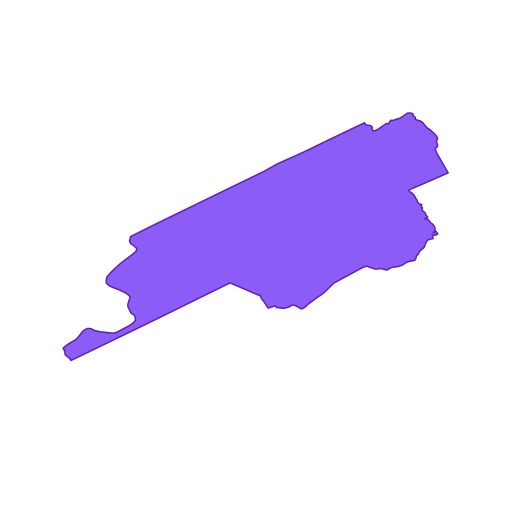 Crato, Ceará, Brazil (Equal Earth projection), rotated 64°
{"feature_id": "56859067B48874819584057", "entity_name": "Crato", "entity_type": "district", "adm_level": 2, "iso_a3": "BRA", "parent_name": "Brazil", "parent_adm1": "Ceará", "projection": "equal_earth", "projection_center": [-39.462, -7.289], "detail": "fine", "context": "isolated", "style": "filled", "palette": "violet", "viewbox_px": 512, "rotation_deg": 64, "n_neighbors": 0, "source": "geoboundaries", "source_scale": "gbopen_adm2", "svg_char_len": 2336}
<svg xmlns="http://www.w3.org/2000/svg" viewBox="0 0 512 512"><g transform="rotate(64 256 256)"><path d="M323.5,238.4L323.6,235.1L322.2,230.5L320.6,221.8L319.9,217.9L319.3,213.6L318.3,209.1L314.5,197.9L314.1,189.5L313.5,174.8L313.1,165.0L313.7,160.7L315.6,159.2L317.1,157.4L318.7,156.1L319.9,154.7L320.9,152.4L321.9,149.6L323.1,147.8L324.7,146.3L326.0,144.2L325.7,139.6L326.4,136.9L327.3,134.5L328.0,131.8L328.3,128.5L327.8,124.7L327.8,121.7L329.5,115.2L327.9,113.0L326.1,111.7L325.5,109.3L323.6,107.1L321.9,101.0L318.5,97.4L316.9,94.7L317.3,91.5L318.0,89.4L316.4,88.7L314.7,88.3L316.0,85.2L315.8,83.0L313.3,83.3L312.6,85.8L311.6,83.7L309.1,82.9L306.5,82.8L304.6,83.3L302.8,84.6L300.8,84.7L298.2,85.5L296.6,87.7L296.3,84.7L293.9,85.2L291.4,85.0L289.6,85.8L287.4,86.7L285.7,85.2L283.9,85.9L282.5,84.6L280.9,86.2L278.8,87.1L276.3,86.8L274.2,87.1L271.1,87.2L268.8,87.8L267.0,88.7L265.5,89.8L263.9,89.5L263.7,86.3L264.1,81.9L265.5,46.9L243.0,48.4L237.9,48.0L237.3,45.0L235.2,43.9L233.0,44.1L231.3,42.6L229.9,41.2L227.8,41.2L224.5,41.9L221.1,43.3L218.4,44.4L216.2,45.9L213.0,46.9L210.7,47.3L208.9,47.8L206.7,49.1L204.7,51.4L203.0,52.8L201.3,52.1L199.2,53.1L196.7,52.7L195.0,54.8L194.0,57.1L194.5,60.6L195.0,62.9L195.2,66.2L194.6,69.5L194.4,72.8L193.1,75.5L195.3,79.2L194.1,80.8L194.6,84.3L195.1,87.7L195.6,90.4L195.5,93.0L195.4,95.2L193.2,96.2L191.4,95.1L189.4,95.6L187.9,97.4L186.3,100.0L183.8,100.0L183.6,123.4L183.5,136.1L183.5,139.3L183.5,166.5L182.5,196.6L183.4,210.6L183.3,296.4L183.3,337.4L183.6,360.2L187.2,363.2L190.0,363.2L192.6,361.5L196.7,359.9L198.8,361.1L199.9,364.2L200.6,367.5L202.2,375.7L202.9,379.2L204.2,384.3L207.0,393.3L209.6,399.4L212.7,401.6L214.8,402.4L218.7,400.8L221.9,398.1L226.9,393.4L232.2,389.3L234.6,388.0L237.6,387.0L239.9,389.2L243.2,392.3L245.3,393.3L252.5,393.4L254.4,392.1L256.8,391.2L260.7,392.3L262.1,395.0L263.0,399.2L263.5,415.2L262.6,418.5L255.8,429.3L251.9,434.1L249.0,436.1L247.3,439.0L247.2,442.6L248.0,445.2L249.3,447.8L252.0,453.8L252.6,461.3L253.2,465.5L254.2,469.7L257.9,469.7L261.1,470.8L266.2,468.5L268.8,468.0L269.1,381.1L268.9,325.1L268.8,291.1L293.9,269.5L296.6,269.8L300.6,268.9L303.6,268.5L308.1,268.0L309.3,260.3L311.4,260.2L312.4,258.2L313.9,256.2L315.3,253.6L316.3,248.7L315.8,245.3L317.6,242.6L320.5,240.5L323.5,238.4Z" fill="#8b5cf6" stroke="#5b21b6" stroke-width="1.5"/></g></svg>